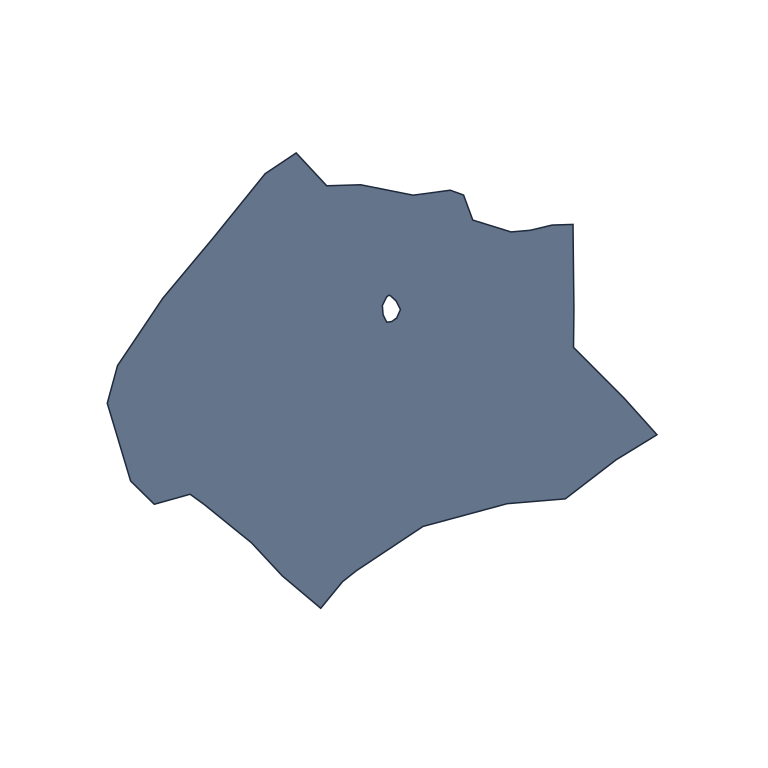 outline of Xanxongor, Ömnögovi, Mongolia, rotated 134°
{"feature_id": "93677404B48685910961776", "entity_name": "Xanxongor", "entity_type": "district", "adm_level": 2, "iso_a3": "MNG", "parent_name": "Mongolia", "parent_adm1": "Ömnögovi", "projection": "natural_earth1", "projection_center": [104.555, 43.693], "detail": "fine", "context": "isolated", "style": "filled", "palette": "slate", "viewbox_px": 768, "rotation_deg": 134, "n_neighbors": 0, "source": "geoboundaries", "source_scale": "gbopen_adm2", "svg_char_len": 844}
<svg xmlns="http://www.w3.org/2000/svg" viewBox="0 0 768 768"><g transform="rotate(134 384 384)"><path d="M630.1,465.7L598.0,446.9L595.6,429.9L590.3,369.0L592.7,323.8L589.3,273.7L555.0,276.5L537.6,274.2L459.4,257.0L384.6,212.3L355.4,186.7L340.7,173.8L277.4,164.4L230.9,152.4L227.4,201.1L226.0,273.1L198.1,299.5L137.9,358.9L152.9,373.5L171.8,385.6L172.2,385.9L186.4,398.3L204.4,434.0L192.8,458.0L198.6,471.0L228.0,494.3L256.9,539.2L281.2,562.9L278.8,607.7L315.2,615.6L396.9,608.4L476.0,602.7L535.5,592.1L555.8,588.5L590.1,569.7L605.6,542.0L629.8,498.9L630.1,465.7ZM328.7,439.7L319.9,442.5L317.0,442.3L316.0,440.6L315.9,432.8L319.0,423.9L327.8,420.7L328.1,420.6L328.5,420.9L328.9,421.0L329.8,421.2L332.7,421.6L333.8,421.9L337.6,424.9L336.8,427.3L334.8,432.8L330.6,437.5L328.7,439.7Z" fill="#64748b" stroke="#1e293b" stroke-width="1.5"/></g></svg>